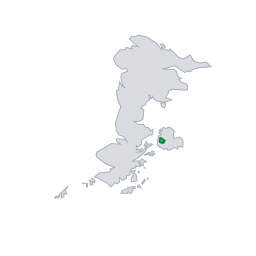 location of Ballymena within United Kingdom, rotated 218°
{"feature_id": "GBR-2094", "entity_name": "Ballymena", "entity_type": "District", "adm_level": 1, "iso_a3": "GBR", "parent_name": "United Kingdom", "parent_adm1": "", "projection": "albers", "projection_center": [-6.275, 54.902], "detail": "fine", "context": "in_parent", "style": "filled", "palette": "green", "viewbox_px": 256, "rotation_deg": 218, "n_neighbors": 0, "source": "natural_earth", "source_scale": "10m", "svg_char_len": 4288}
<svg xmlns="http://www.w3.org/2000/svg" viewBox="0 0 256 256"><g transform="rotate(218 128 128)"><path d="M137.1,195.7L127.5,202.6L124.4,202.3L120.5,199.2L116.6,199.7L118.2,198.0L114.8,196.6L108.9,198.8L106.3,197.4L104.7,194.2L117.1,185.7L118.9,181.7L117.8,180.5L117.3,174.9L110.9,177.0L115.4,170.7L120.8,167.5L125.6,166.6L128.2,168.1L127.4,165.6L128.4,165.0L130.1,167.2L132.0,167.0L128.4,163.4L129.7,159.3L128.3,157.3L129.8,155.1L129.9,151.1L126.7,152.1L121.8,144.3L123.0,140.4L127.4,136.9L122.0,137.2L117.8,140.4L114.6,139.3L111.9,141.0L108.6,139.5L107.7,142.4L105.3,139.3L104.8,137.0L106.1,136.9L109.9,127.4L107.5,123.8L108.1,119.5L110.6,119.3L107.9,117.3L108.3,115.3L104.1,120.3L104.0,117.1L106.3,114.0L102.4,118.0L102.4,122.6L100.7,129.6L98.5,130.1L101.2,122.0L99.9,121.8L100.7,113.7L104.2,104.3L99.5,108.5L94.6,105.1L98.7,102.6L97.3,101.7L100.0,98.0L100.3,95.6L97.9,93.0L97.9,91.3L100.0,89.8L98.4,87.6L99.7,83.7L104.1,83.6L101.6,80.2L102.3,77.1L105.5,76.6L104.6,74.4L105.3,71.0L110.9,71.9L124.1,69.1L122.9,75.0L115.5,81.9L115.2,83.9L116.9,84.5L114.3,89.0L122.6,86.2L134.6,85.8L136.7,87.3L137.7,89.8L131.4,105.6L123.4,111.0L127.8,110.2L130.2,111.6L130.0,112.8L123.2,117.2L118.7,116.2L126.5,118.5L131.0,116.9L135.8,118.9L141.3,124.7L146.8,140.3L153.1,143.6L160.0,150.1L158.8,152.0L163.0,159.3L158.6,157.3L154.4,157.9L158.4,158.1L165.2,164.1L166.4,167.3L163.4,172.2L166.2,173.8L169.0,170.6L176.9,170.6L181.5,173.2L182.9,176.3L182.1,184.9L178.4,188.1L179.1,190.3L173.4,193.0L175.1,193.6L175.3,195.8L170.1,198.3L181.7,199.0L181.8,202.3L178.0,205.2L177.3,207.5L168.8,211.4L157.3,212.3L149.7,210.4L150.8,211.8L142.8,214.1L143.7,215.8L142.9,216.3L131.5,214.8L126.8,216.6L123.9,223.9L117.7,221.3L111.4,223.3L106.9,228.1L100.5,227.4L109.4,218.9L112.9,214.4L113.5,210.7L116.2,209.7L117.3,206.7L129.5,205.9L137.1,195.7ZM95.9,154.3L89.1,154.2L89.2,152.2L85.3,147.7L81.8,152.7L78.8,152.5L76.1,151.1L73.1,146.6L77.4,144.1L75.7,142.2L79.6,141.0L81.5,136.2L83.2,135.0L84.4,135.9L86.1,133.4L91.1,132.4L94.7,132.8L99.1,140.2L97.4,143.4L100.6,143.0L101.8,146.0L101.6,147.1L99.6,145.1L99.8,148.2L100.9,148.4L100.4,150.2L98.0,150.9L95.9,154.3ZM93.9,74.8L92.7,78.1L90.4,79.8L91.7,81.1L86.5,86.1L85.2,84.9L87.5,82.9L85.5,81.4L86.2,80.6L85.2,79.7L85.8,77.4L88.8,78.0L88.3,76.0L93.5,72.3L93.9,74.8ZM94.5,90.6L94.6,94.2L99.2,95.7L96.1,99.1L95.6,96.2L92.7,96.2L88.3,91.8L92.4,87.7L94.5,90.6ZM137.8,32.0L140.0,35.4L140.9,34.8L139.4,45.4L139.1,40.3L135.5,38.2L138.1,37.1L136.1,34.3L137.8,32.0ZM98.2,112.0L92.8,113.0L94.6,109.3L92.7,107.9L94.9,106.5L98.4,109.3L98.2,112.0ZM114.7,165.7L117.7,167.7L114.2,170.9L112.2,168.6L111.9,166.3L114.7,165.7ZM94.7,119.7L95.1,124.7L92.9,125.6L92.9,122.4L90.9,124.0L91.7,121.1L94.7,119.7ZM123.8,60.6L123.7,62.3L126.6,63.1L122.8,64.0L121.0,62.2L121.9,59.9L123.8,60.6ZM105.4,128.4L103.0,127.9L102.6,124.5L104.5,124.0L105.4,128.4ZM154.1,213.9L152.1,216.0L148.3,214.8L151.1,212.6L154.1,213.9ZM96.3,121.8L95.3,120.3L98.8,116.2L98.1,118.3L96.3,121.8ZM84.0,87.3L85.1,88.4L84.2,90.1L80.9,88.8L84.0,87.3ZM83.4,97.8L82.1,97.5L81.9,92.8L83.3,93.0L83.4,97.8ZM140.9,33.6L139.6,32.0L140.1,29.8L141.1,30.4L140.9,33.6ZM126.7,58.9L126.0,59.4L123.6,56.5L124.3,56.0L126.7,58.9ZM122.9,66.3L121.9,66.5L120.7,64.2L121.8,64.3L122.9,66.3ZM142.9,27.9L142.6,30.3L141.7,30.1L141.6,28.1L142.9,27.9ZM129.5,57.2L127.3,58.0L129.7,56.7L129.5,57.2ZM93.1,100.6L92.5,100.8L91.6,99.6L92.7,99.0L93.1,100.6ZM125.5,65.5L124.8,66.9L124.2,65.7L125.5,65.5ZM90.6,106.8L89.2,107.4L91.1,106.1L90.6,106.8ZM81.7,100.5L80.8,100.7L80.4,100.3L81.3,99.5L81.7,100.5Z" fill="#d9dde1" stroke="#a8b0b8" stroke-width="1"/><path d="M91.0,140.8L91.0,140.6L91.0,140.3L91.1,140.0L91.0,139.5L91.0,139.2L90.9,138.8L90.7,138.5L90.7,138.4L91.2,138.3L91.5,138.5L91.4,138.1L91.6,137.9L91.4,137.8L91.3,137.6L91.7,137.5L91.9,137.2L92.2,137.4L92.3,137.2L92.5,137.3L92.6,137.0L92.6,136.8L93.0,136.8L93.2,136.7L93.5,136.6L93.8,136.4L94.0,136.4L94.3,136.4L94.4,136.8L94.6,137.1L94.8,137.1L95.0,137.1L95.4,137.5L95.7,137.8L95.8,138.0L95.8,138.5L95.7,138.7L95.8,139.4L96.1,139.6L96.5,139.5L96.7,139.9L96.6,140.0L95.9,140.2L95.9,140.3L96.0,140.5L95.2,140.6L94.5,140.4L94.0,140.5L93.8,140.8L93.5,140.8L93.5,140.7L93.2,140.6L92.9,140.6L92.6,140.7L92.3,140.6L92.0,140.9L91.1,140.8L91.0,140.8Z" fill="#22c55e" stroke="#15803d" stroke-width="1.5"/></g></svg>